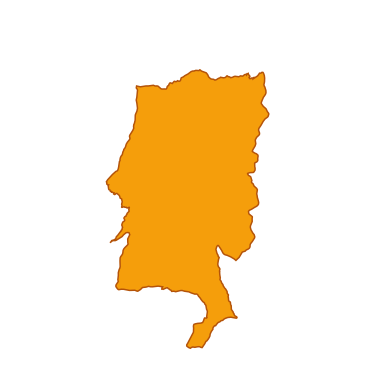 the district of Pamplonita, Norte de Santander, Colombia, rotated 28°
{"feature_id": "7082276B88663315175961", "entity_name": "Pamplonita", "entity_type": "district", "adm_level": 2, "iso_a3": "COL", "parent_name": "Colombia", "parent_adm1": "Norte de Santander", "projection": "natural_earth1", "projection_center": [-72.634, 7.481], "detail": "fine", "context": "isolated", "style": "filled", "palette": "amber", "viewbox_px": 384, "rotation_deg": 28, "n_neighbors": 0, "source": "geoboundaries", "source_scale": "gbopen_adm2", "svg_char_len": 6069}
<svg xmlns="http://www.w3.org/2000/svg" viewBox="0 0 384 384"><g transform="rotate(28 192 192)"><path d="M186.0,60.9L185.4,61.8L185.2,62.9L184.8,62.3L184.6,62.8L183.9,63.1L183.3,63.8L182.4,65.9L180.3,66.7L179.2,68.3L175.7,69.6L174.8,70.4L173.9,71.7L172.5,72.9L171.2,72.7L169.7,73.2L168.9,72.9L168.5,73.0L168.1,73.4L168.0,74.4L167.5,75.4L166.2,76.4L163.3,77.3L162.9,78.4L162.0,79.2L160.9,81.2L159.9,82.3L159.2,82.5L158.3,82.3L156.0,83.2L155.0,83.2L152.7,82.6L150.7,81.0L148.6,80.1L143.5,80.8L142.0,80.4L141.5,80.5L141.2,81.5L138.3,82.8L137.0,84.2L135.8,84.9L134.7,86.1L133.1,89.6L131.1,92.6L130.3,94.4L129.1,96.0L128.9,96.4L129.4,98.6L129.4,99.2L129.0,100.0L128.3,100.4L127.0,100.5L126.6,101.5L126.0,102.2L124.7,102.4L124.3,102.7L123.6,105.5L121.9,105.7L121.3,106.1L121.1,107.4L121.3,109.0L120.8,109.7L120.6,110.4L121.0,112.1L120.9,113.0L120.6,113.4L119.4,113.9L117.1,115.2L116.2,115.4L112.4,114.5L111.5,114.7L109.7,115.7L107.8,115.9L103.6,118.9L101.4,120.1L97.0,123.4L93.3,124.4L93.9,126.2L94.4,126.6L95.5,127.0L96.1,127.7L98.8,134.2L99.6,137.0L101.8,139.7L104.6,143.7L105.4,146.5L105.7,150.2L106.0,151.1L108.1,155.3L108.9,158.4L109.0,159.9L109.7,161.7L110.6,163.0L110.8,165.5L110.4,171.3L110.8,172.4L112.0,173.7L112.2,174.5L112.2,175.2L111.6,178.3L111.5,180.6L112.1,183.4L112.1,184.8L111.8,186.4L112.1,187.1L112.2,189.2L112.9,191.7L112.6,193.3L112.6,195.0L113.1,197.0L113.7,197.9L113.6,199.1L115.5,204.4L116.1,206.6L116.2,207.9L115.9,208.7L115.1,209.6L113.5,214.0L111.8,220.7L111.6,223.2L112.6,224.0L112.9,224.9L114.2,225.3L115.0,224.9L115.1,225.9L117.0,228.5L117.6,228.9L118.7,228.8L119.6,229.7L120.5,229.4L121.0,230.0L121.7,229.5L122.8,229.7L123.5,229.3L123.7,229.8L123.8,230.5L124.8,230.6L125.2,230.2L125.5,229.2L126.4,228.5L129.5,229.2L131.6,231.2L133.0,231.1L135.0,233.4L135.6,235.8L136.7,237.1L136.9,238.3L137.2,238.5L137.6,238.3L138.9,236.9L140.0,237.0L141.3,236.3L142.1,236.6L142.9,236.1L143.6,235.0L143.9,235.1L144.4,237.1L145.5,238.6L144.7,241.4L145.0,242.2L144.8,243.6L145.0,244.5L144.3,245.2L144.1,246.7L144.2,247.1L145.4,248.0L145.9,248.6L145.8,249.6L145.0,251.1L145.2,252.9L145.5,254.1L147.3,255.8L147.3,256.6L147.9,258.0L147.5,259.0L147.7,260.1L147.4,260.8L146.8,264.8L146.2,267.1L146.6,269.0L145.8,270.7L143.9,272.6L143.9,273.7L143.4,275.3L144.6,272.5L145.7,271.6L146.9,271.1L147.8,270.1L151.2,264.2L151.7,261.9L152.9,258.9L154.5,257.8L155.5,257.6L155.9,257.7L156.6,258.6L157.1,258.9L157.3,263.7L159.2,267.0L160.0,267.9L159.9,269.2L158.8,272.7L158.5,274.4L158.6,275.9L159.4,277.9L159.8,279.6L159.4,282.6L159.5,283.9L160.7,286.5L163.6,291.6L164.0,293.0L164.1,294.7L164.8,297.8L166.1,300.2L167.7,304.2L168.9,305.7L168.6,309.0L168.6,310.0L169.3,311.3L171.7,312.5L172.6,312.7L173.3,312.6L175.1,311.1L177.3,310.0L183.1,308.2L187.6,305.6L190.2,305.3L190.8,304.9L192.3,302.3L193.1,299.6L196.1,297.5L197.9,295.7L200.0,295.1L201.7,294.2L206.3,291.0L210.6,289.5L210.5,290.9L211.0,291.9L211.6,291.5L212.2,291.5L214.5,288.6L215.2,288.1L216.7,288.5L217.6,288.4L218.2,288.7L219.6,288.6L220.7,289.3L222.6,288.1L224.4,287.7L228.0,284.5L229.5,283.6L232.0,283.1L236.2,281.6L238.5,281.5L242.6,280.8L243.7,280.0L244.5,279.9L245.4,280.1L246.8,281.0L248.4,281.5L250.8,282.8L253.2,283.8L254.7,283.9L255.9,284.9L257.4,285.5L260.0,288.8L260.9,289.4L261.8,290.5L263.5,295.2L264.2,295.9L263.9,296.6L262.3,297.3L262.2,297.7L262.7,300.9L262.6,302.3L261.4,303.6L258.6,305.4L256.9,306.8L255.9,307.9L255.9,308.7L256.3,309.9L257.3,311.4L259.1,315.1L259.2,327.3L259.1,329.4L259.6,330.4L260.5,330.7L262.4,330.9L263.9,330.7L264.5,329.5L265.4,328.5L267.4,327.8L270.0,325.7L271.5,325.0L272.9,325.0L274.0,324.6L274.5,320.0L274.4,317.4L275.0,316.5L275.4,314.2L275.5,312.2L275.4,310.7L274.8,309.2L274.6,307.4L274.6,305.6L274.9,303.4L274.4,302.5L274.3,301.5L274.7,299.5L275.0,299.2L275.6,299.0L275.9,296.8L276.4,294.8L277.5,293.6L278.1,292.0L279.4,290.9L279.9,289.3L280.7,288.0L282.5,286.0L285.1,284.3L290.1,282.7L290.6,282.4L290.7,281.8L290.0,281.2L288.0,281.2L286.8,280.5L286.1,279.7L285.0,279.2L284.6,278.6L281.9,277.2L280.0,274.0L278.9,273.2L277.7,271.4L277.1,271.1L276.1,271.1L275.2,270.5L273.8,268.3L273.0,267.4L272.5,265.8L270.7,264.9L269.6,263.3L267.1,261.8L266.4,261.7L263.7,260.2L262.6,259.1L261.1,258.5L259.4,257.0L257.9,256.3L257.2,254.4L255.5,252.2L254.1,250.0L254.0,249.4L253.4,249.0L252.8,246.9L252.0,246.3L250.3,245.5L249.1,244.3L248.6,243.5L248.2,242.5L247.1,239.2L246.8,237.2L246.5,236.9L245.6,236.7L244.5,235.5L242.9,234.5L240.6,232.0L240.0,231.3L239.5,228.4L239.8,227.2L240.3,226.9L241.2,227.2L245.5,229.6L247.9,231.3L249.1,231.8L250.7,231.9L252.7,231.4L256.6,231.1L260.7,231.3L262.9,231.8L264.3,227.6L264.6,221.4L266.7,219.3L267.2,217.5L268.2,216.4L269.0,214.7L269.0,213.3L268.1,211.3L268.0,210.1L268.5,207.3L268.8,203.1L268.4,202.0L266.9,200.5L264.8,199.6L261.7,197.6L260.0,195.7L259.5,194.4L259.0,189.8L257.6,187.3L257.0,185.7L256.6,185.4L252.9,184.7L252.2,184.3L251.0,182.6L251.2,181.3L252.8,179.1L254.4,176.3L255.8,174.2L256.3,172.8L256.4,171.5L255.8,170.0L255.0,169.0L252.3,166.2L251.0,164.4L250.0,163.3L248.7,159.4L247.5,158.5L244.0,157.6L242.1,156.1L240.2,155.7L239.6,154.7L239.5,153.8L237.0,151.3L236.4,150.9L234.1,150.8L232.7,150.0L232.4,149.5L233.8,147.9L236.9,146.0L237.3,145.2L237.4,143.1L236.5,141.3L235.6,140.3L233.8,137.2L233.8,136.9L235.1,134.9L235.3,133.9L235.2,133.1L234.2,131.4L233.5,129.3L232.9,128.5L231.8,128.2L230.7,128.0L229.1,128.2L226.3,127.9L226.1,127.4L225.9,126.4L226.1,121.8L225.7,119.5L223.7,116.8L223.4,115.9L223.4,113.4L224.4,110.4L224.5,109.5L224.0,108.3L221.7,106.1L221.2,104.6L221.6,100.6L221.7,96.2L222.2,93.2L223.5,90.5L223.7,89.6L223.3,87.4L222.8,86.6L220.9,85.7L218.3,83.8L214.7,82.9L211.7,81.4L211.2,80.5L210.9,78.4L210.6,74.9L211.0,71.5L210.9,70.4L210.6,69.4L209.5,67.6L207.0,65.1L206.0,64.5L205.1,63.5L204.3,60.7L202.7,57.4L201.1,55.1L199.4,53.6L198.6,53.1L198.1,53.2L197.3,53.8L197.0,54.8L195.8,55.4L195.7,56.8L195.4,58.7L192.9,63.3L192.6,62.2L192.1,62.9L191.2,63.3L190.8,64.2L189.6,64.8L189.1,64.0L188.7,64.1L188.6,62.9L188.8,62.8L188.6,62.5L186.5,61.6L186.0,60.9Z" fill="#f59e0b" stroke="#b45309" stroke-width="1.5"/></g></svg>